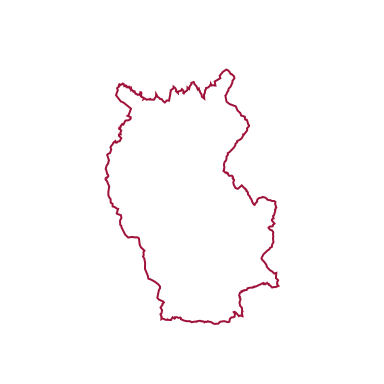 the district of Cuenca, Azuay, Ecuador, rotated 45°
{"feature_id": "8360857B44277665484155", "entity_name": "Cuenca", "entity_type": "district", "adm_level": 2, "iso_a3": "ECU", "parent_name": "Ecuador", "parent_adm1": "Azuay", "projection": "albers", "projection_center": [-79.199, -2.836], "detail": "fine", "context": "isolated", "style": "outline", "palette": "rose", "viewbox_px": 384, "rotation_deg": 45, "n_neighbors": 0, "source": "geoboundaries", "source_scale": "gbopen_adm2", "svg_char_len": 6052}
<svg xmlns="http://www.w3.org/2000/svg" viewBox="0 0 384 384"><g transform="rotate(45 192 192)"><path d="M293.2,190.4L288.8,190.2L287.9,189.6L286.6,185.4L286.8,179.5L287.2,177.9L286.7,176.3L287.3,174.4L285.9,172.6L285.0,169.8L282.1,167.6L280.9,165.9L279.1,164.6L278.4,163.4L277.4,162.8L275.7,162.6L273.7,163.5L271.4,163.2L271.3,161.7L273.3,159.2L272.5,158.1L272.7,156.0L269.0,155.7L268.2,155.3L267.9,154.0L268.4,153.0L266.3,151.7L266.4,150.5L264.2,146.4L263.2,145.8L263.2,145.0L262.5,144.2L262.6,143.4L259.3,141.7L257.9,140.0L256.6,140.2L254.6,142.0L253.5,142.2L251.7,143.6L250.3,144.2L249.7,143.9L247.6,144.2L245.4,145.6L245.4,146.3L243.8,148.7L243.5,149.9L243.8,151.8L244.9,152.8L244.9,155.7L245.4,156.8L245.1,157.1L242.4,156.7L239.1,155.2L237.1,154.9L236.1,154.3L233.3,154.1L231.7,152.7L229.8,152.8L229.5,152.2L228.0,152.4L227.8,152.0L227.0,152.0L225.7,152.3L222.5,152.1L222.2,157.2L221.7,157.7L219.8,158.4L216.1,157.2L214.4,156.0L213.1,153.6L211.3,153.7L211.1,153.0L210.5,152.9L209.9,152.2L208.6,152.3L206.8,154.3L204.6,154.0L204.3,153.5L203.5,153.9L203.5,153.5L202.6,153.7L201.9,154.7L199.2,154.8L199.0,153.7L198.1,152.8L198.1,152.5L196.9,151.1L195.7,150.6L194.5,149.0L193.7,147.3L193.9,146.2L193.4,144.8L191.4,142.5L191.0,140.2L189.8,139.3L190.3,137.4L190.2,131.1L189.7,128.5L188.7,127.2L188.7,124.8L187.9,124.0L188.8,121.6L189.2,119.0L188.3,115.9L187.5,115.1L188.1,114.7L187.5,109.5L185.9,108.0L185.8,105.2L185.1,104.4L184.1,104.5L180.1,102.3L179.3,102.3L178.7,103.1L177.8,103.0L176.2,101.4L172.6,103.2L170.4,102.0L166.6,102.2L162.4,100.5L156.5,103.2L152.9,103.7L151.9,103.3L147.4,100.2L147.4,99.0L146.4,96.8L146.1,94.7L145.4,94.1L144.8,92.6L144.8,90.2L143.3,86.3L142.0,84.7L141.6,81.6L139.9,80.5L136.6,80.6L136.1,81.2L133.0,80.5L131.2,80.6L129.7,81.2L128.9,85.0L129.4,90.2L131.6,91.5L129.9,97.8L133.3,100.2L130.2,102.6L128.9,102.2L129.9,103.4L129.3,103.7L129.6,105.0L129.4,107.1L128.4,108.4L129.3,109.7L129.2,110.2L129.7,111.3L131.1,112.9L131.6,114.7L134.6,117.3L131.6,117.6L130.0,116.4L126.6,115.5L126.3,115.1L125.4,115.0L123.6,114.0L123.6,115.4L120.1,114.0L117.6,114.0L115.5,113.0L114.4,115.4L115.4,116.2L115.6,118.6L117.1,121.2L115.0,121.3L116.3,122.6L116.7,123.8L116.2,126.6L116.5,128.1L115.8,128.2L114.8,126.8L113.9,126.4L112.1,126.4L112.6,128.3L111.0,130.9L112.1,132.0L109.2,132.0L108.7,131.1L106.9,130.4L104.6,130.6L105.3,131.3L105.5,132.4L105.0,135.1L106.0,136.0L106.4,137.1L107.1,137.6L111.2,143.7L109.5,144.9L109.5,147.9L108.0,148.2L104.8,147.8L103.7,148.8L102.5,148.6L100.4,149.0L97.4,148.1L99.2,150.1L99.2,151.1L99.9,153.4L98.5,155.0L97.3,155.8L96.5,155.8L96.5,156.8L95.6,157.3L94.6,158.9L93.1,159.0L92.3,159.6L92.1,160.5L91.7,159.6L91.1,159.5L89.1,160.5L87.9,159.7L87.8,160.3L86.6,160.2L86.5,159.7L87.0,159.4L86.3,158.6L86.4,157.9L85.7,157.5L85.1,157.8L85.6,158.2L85.4,159.3L86.1,160.4L85.6,160.6L84.8,161.8L84.0,161.7L82.5,162.5L81.7,161.9L81.0,161.7L80.4,162.1L80.0,161.6L79.3,162.4L78.9,162.1L78.2,162.5L77.0,162.3L76.9,162.9L75.6,161.8L75.7,162.7L74.7,162.4L73.7,162.6L73.3,161.9L72.8,162.4L72.9,163.2L72.2,163.8L71.0,163.4L71.0,163.9L70.3,163.6L69.4,164.8L69.0,164.0L68.3,164.4L67.6,164.5L67.1,164.0L66.3,164.4L66.2,165.8L65.7,166.3L65.8,167.0L64.5,167.2L64.9,168.4L65.4,168.5L65.9,169.5L65.5,170.8L65.7,171.6L67.5,172.4L69.8,177.3L77.6,178.3L80.4,177.2L89.9,176.2L92.8,182.4L92.6,183.7L95.8,182.5L96.1,183.2L96.8,183.5L96.6,185.9L94.6,188.3L94.5,188.9L95.8,192.8L94.6,193.2L95.0,194.1L94.7,195.5L95.3,195.9L95.7,197.1L95.1,197.9L95.4,198.6L95.9,198.9L96.9,198.3L98.0,198.8L98.5,198.6L99.6,201.0L100.8,201.6L99.7,202.9L100.5,203.9L103.9,203.9L104.9,207.2L103.8,209.1L103.9,210.3L102.9,211.1L101.8,210.3L101.5,212.6L102.1,214.3L102.5,217.5L102.8,218.1L104.8,219.0L106.5,222.3L105.8,224.2L105.7,225.7L111.0,228.4L111.5,229.8L112.5,230.9L112.9,233.5L114.7,236.8L116.0,237.2L119.4,239.3L120.3,239.2L121.5,239.8L121.8,240.6L121.5,241.7L121.8,242.1L121.2,242.8L121.4,243.7L122.4,244.4L123.5,244.2L129.5,246.6L132.8,251.1L135.4,253.6L137.6,254.4L139.3,254.5L142.1,257.0L144.1,256.5L146.1,258.3L148.3,257.2L150.7,256.9L151.7,256.2L153.8,260.3L154.8,260.3L158.1,258.7L160.4,260.2L161.3,263.1L164.5,266.0L165.9,265.9L167.1,266.8L174.8,269.4L179.1,269.3L181.5,266.0L183.5,264.7L184.8,263.2L186.2,262.4L187.2,262.3L192.4,266.3L193.7,266.8L195.0,267.2L199.9,267.1L200.2,268.8L202.6,271.0L203.0,272.3L205.2,272.7L209.0,275.3L213.1,279.6L219.6,282.3L222.5,284.1L224.5,283.1L228.7,281.8L233.2,281.1L236.1,281.4L237.4,282.6L238.0,284.8L242.3,291.3L244.6,291.5L249.2,289.8L250.2,289.9L250.3,292.2L250.9,292.5L251.4,295.9L254.5,296.8L256.2,299.3L256.2,300.8L258.5,301.5L258.6,302.1L259.3,302.3L260.2,303.5L260.5,302.3L263.7,301.0L264.8,300.0L264.8,299.4L265.5,299.3L267.6,297.5L266.9,294.3L269.2,293.9L269.3,293.3L268.6,292.5L269.7,291.3L271.4,290.6L272.6,289.0L273.3,289.0L274.1,289.8L277.4,288.5L279.7,287.0L281.9,284.8L283.7,284.4L286.0,281.2L287.0,280.6L286.9,279.9L288.7,277.4L290.5,276.6L290.5,276.2L291.9,275.3L292.9,275.4L293.3,274.1L294.4,273.4L294.6,272.1L295.6,271.9L297.1,270.6L300.7,269.7L301.8,268.7L303.7,266.4L303.6,264.0L305.2,261.7L306.2,260.5L309.6,258.5L310.2,257.4L308.6,255.0L308.4,253.9L308.7,252.5L309.8,251.4L310.3,250.1L308.7,248.1L307.5,247.4L306.5,247.4L306.8,246.6L308.5,246.3L313.0,246.6L313.4,245.2L315.5,244.1L313.1,242.5L312.4,241.8L312.3,240.8L311.6,240.7L309.2,238.6L306.7,238.5L303.6,236.5L302.8,234.6L301.5,233.0L300.6,233.1L300.0,232.3L299.7,232.4L298.3,231.6L297.2,229.3L297.7,227.9L297.1,227.3L297.4,226.6L298.0,226.3L297.8,225.7L298.6,224.8L298.4,224.4L299.9,222.8L299.7,221.2L299.4,221.0L299.6,220.4L300.7,218.6L302.3,217.0L302.5,215.7L303.0,215.7L303.3,214.6L302.9,214.5L303.4,214.5L303.4,214.1L304.0,213.6L306.7,206.1L307.7,206.4L307.8,205.6L308.9,205.6L309.0,204.6L309.5,204.1L309.4,203.2L310.2,203.3L311.5,202.7L311.9,202.8L312.2,203.3L313.9,202.8L316.2,202.9L317.3,201.0L318.3,200.3L319.5,197.3L317.8,197.2L315.9,195.5L315.3,193.5L312.2,193.5L308.8,189.6L307.8,191.5L305.0,191.5L302.3,192.2L298.7,192.1L297.2,191.7L296.4,191.0L293.2,190.4Z" fill="none" stroke="#9f1239" stroke-width="2"/></g></svg>